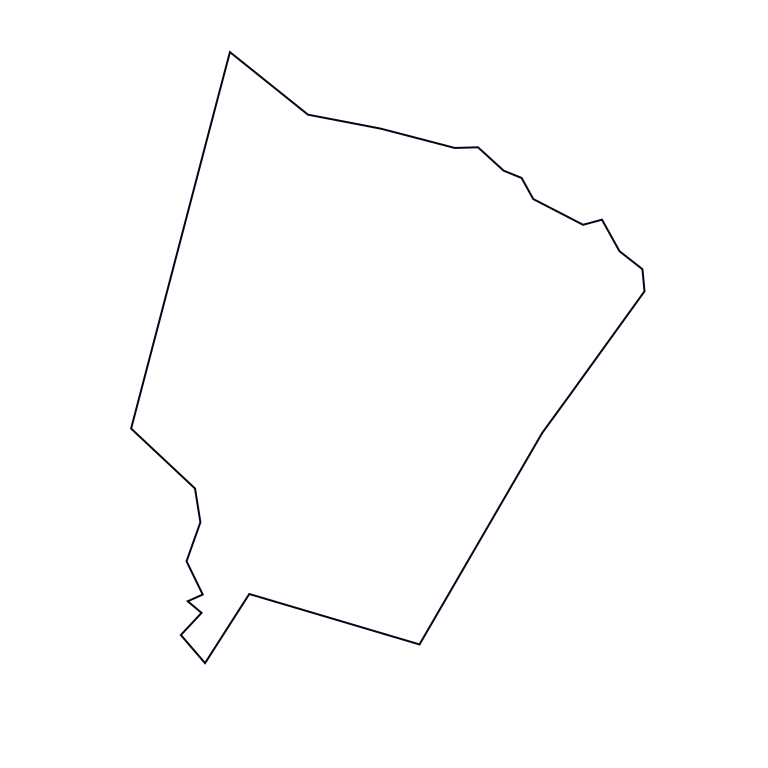 Shelby, Kentucky, United States of America, rotated 279°
{"feature_id": "52423323B12558460234328", "entity_name": "Shelby", "entity_type": "district", "adm_level": 2, "iso_a3": "USA", "parent_name": "United States of America", "parent_adm1": "Kentucky", "projection": "albers", "projection_center": [-85.196, 38.198], "detail": "fine", "context": "isolated", "style": "outline", "palette": "ink", "viewbox_px": 768, "rotation_deg": 279, "n_neighbors": 0, "source": "geoboundaries", "source_scale": "gbopen_adm2", "svg_char_len": 513}
<svg xmlns="http://www.w3.org/2000/svg" viewBox="0 0 768 768"><g transform="rotate(279 384 384)"><path d="M516.3,626.8L537.8,621.3L552.0,595.8L580.4,573.6L572.4,555.7L590.0,502.5L609.0,487.7L613.4,468.8L632.5,439.8L628.2,417.0L635.7,340.7L638.1,266.8L687.7,179.9L639.3,175.0L300.4,141.2L251.2,213.7L218.7,224.3L178.0,216.7L147.7,237.9L138.7,224.1L129.4,239.6L104.3,222.6L80.3,250.9L147.8,280.4L155.5,283.8L132.3,459.8L360.4,547.9L403.7,570.0L516.3,626.8Z" fill="none" stroke="#020617" stroke-width="2"/></g></svg>